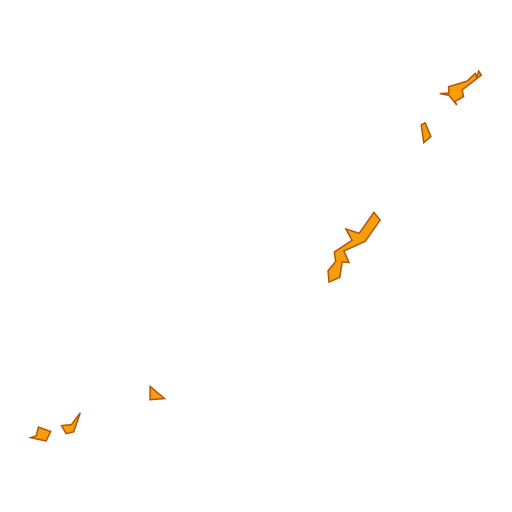 map outline of Okinawa (Robinson projection)
{"feature_id": "JPN-3502", "entity_name": "Okinawa", "entity_type": "Prefecture", "adm_level": 1, "iso_a3": "JPN", "parent_name": "Japan", "parent_adm1": "", "projection": "robinson", "projection_center": [127.452, 26.383], "detail": "coarse", "context": "isolated", "style": "filled", "palette": "amber", "viewbox_px": 512, "rotation_deg": 0, "n_neighbors": 0, "source": "natural_earth", "source_scale": "10m", "svg_char_len": 713}
<svg xmlns="http://www.w3.org/2000/svg" viewBox="0 0 512 512"><path d="M380.1,220.1L365.3,241.2L343.9,251.0L349.0,262.5L342.2,261.9L339.8,277.3L329.0,282.1L328.0,270.7L335.7,261.5L334.3,252.0L352.0,240.3L345.9,229.0L359.2,233.3L373.9,212.3L380.1,220.1ZM481.3,75.1L462.1,90.0L463.6,96.6L455.0,101.4L456.8,105.0L448.9,95.4L439.7,93.6L449.0,93.1L448.5,86.7L467.1,81.1L475.2,73.4L476.6,77.1L478.7,71.0L481.3,75.1ZM38.4,427.1L50.7,431.5L46.0,441.0L30.7,437.7L36.3,435.7L38.4,427.1ZM425.1,122.8L430.9,136.6L423.8,142.6L421.2,124.8L425.1,122.8ZM80.3,412.7L73.7,431.8L66.1,433.7L61.5,425.6L71.5,424.6L80.3,412.7ZM150.1,386.4L164.5,398.6L150.0,399.7L150.1,386.4Z" fill="#f59e0b" stroke="#b45309" stroke-width="1.5"/></svg>